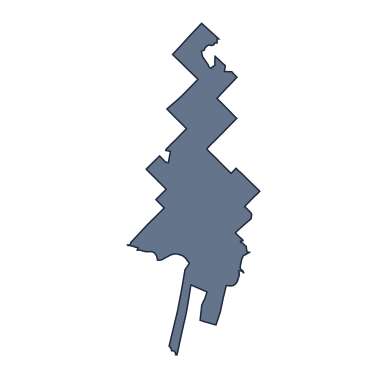 Plataresti, Calarasi, Romania, rotated 313°
{"feature_id": "2599482B2519283515230", "entity_name": "Plataresti", "entity_type": "district", "adm_level": 2, "iso_a3": "ROU", "parent_name": "Romania", "parent_adm1": "Calarasi", "projection": "equal_earth", "projection_center": [26.411, 44.363], "detail": "fine", "context": "isolated", "style": "filled", "palette": "slate", "viewbox_px": 384, "rotation_deg": 313, "n_neighbors": 0, "source": "geoboundaries", "source_scale": "gbopen_adm2", "svg_char_len": 5883}
<svg xmlns="http://www.w3.org/2000/svg" viewBox="0 0 384 384"><g transform="rotate(313 192 192)"><path d="M173.4,276.3L175.2,275.2L177.5,273.8L178.1,273.8L178.4,273.8L179.0,273.5L180.1,273.1L180.4,273.0L180.5,273.0L180.8,273.0L181.0,273.1L181.3,273.2L181.9,273.5L182.3,273.7L182.8,273.8L183.3,274.0L185.1,274.6L186.2,274.9L187.0,275.1L185.7,273.1L187.0,271.4L188.6,269.4L189.1,268.8L189.1,266.1L189.1,264.4L188.8,262.7L188.4,261.8L189.2,261.0L190.8,262.3L191.2,262.6L191.3,262.5L191.5,262.2L191.6,261.9L191.6,261.5L191.5,261.2L191.5,260.8L191.6,259.4L191.5,257.1L191.5,255.7L191.6,255.0L191.6,254.1L191.6,253.0L191.7,251.6L195.4,251.7L198.4,252.0L204.1,252.5L206.8,252.8L212.6,253.5L214.4,252.3L216.4,250.9L217.0,248.8L217.3,240.4L220.1,240.4L224.2,240.5L225.9,240.5L231.7,240.7L232.5,240.8L234.0,240.9L234.8,241.0L238.1,241.1L238.7,241.1L238.9,239.4L238.8,238.8L239.0,228.8L239.2,221.8L239.3,218.8L239.4,213.0L239.4,212.8L239.2,212.2L239.2,211.9L239.2,211.4L239.4,208.8L239.4,208.5L239.3,208.0L239.0,207.7L238.4,208.0L238.1,208.0L237.7,208.1L237.1,208.0L232.6,208.0L232.3,207.9L232.8,190.5L232.9,190.3L233.0,189.5L233.0,188.6L233.1,187.7L233.1,186.4L233.1,185.1L233.1,182.5L233.1,181.4L233.1,180.6L233.2,178.0L233.3,175.9L233.4,175.1L233.4,174.2L233.6,173.4L233.9,173.4L239.5,173.4L247.1,173.7L251.6,173.8L256.6,174.0L262.6,174.1L265.8,174.2L272.2,174.4L276.4,174.5L276.4,172.0L276.8,164.1L277.2,154.3L277.3,150.9L277.5,146.4L290.5,146.4L299.8,146.6L306.6,146.6L306.6,145.8L306.7,143.6L306.7,142.9L306.8,142.6L306.8,141.8L306.9,141.2L307.1,139.1L306.9,138.8L302.2,133.6L302.3,133.5L307.1,130.2L307.1,128.8L307.0,127.2L307.0,126.1L307.0,124.3L307.0,123.5L307.0,122.1L307.1,121.4L307.0,120.5L307.0,119.2L307.0,116.4L306.2,116.9L305.4,117.7L304.9,118.1L304.2,118.6L303.6,119.2L302.0,120.7L300.6,122.0L300.3,122.2L300.1,122.2L298.8,121.9L297.2,121.6L296.5,121.5L296.1,121.6L295.7,121.7L295.4,121.4L295.2,120.8L295.1,119.9L295.2,118.5L295.7,117.7L296.1,116.9L297.1,112.2L297.9,108.8L298.1,107.8L298.3,107.3L299.0,106.3L300.5,104.0L301.2,103.0L301.5,102.9L304.1,104.2L304.4,104.3L304.6,104.2L305.4,103.5L306.2,103.3L308.8,103.4L309.4,103.4L309.8,103.6L310.4,103.8L310.8,104.1L311.2,104.3L311.3,104.4L311.4,104.6L311.6,104.9L311.8,105.2L311.9,105.4L311.9,105.6L312.0,105.8L312.2,106.0L312.4,106.3L312.7,106.4L312.8,106.6L313.0,106.6L313.4,106.8L313.5,106.9L313.7,107.0L313.9,107.1L314.5,107.5L314.9,107.6L316.0,107.1L316.3,107.0L316.6,107.0L316.8,107.2L318.1,108.7L318.9,108.0L319.0,107.8L321.1,106.1L321.4,106.2L322.2,107.1L321.9,84.0L304.5,83.8L293.5,84.0L279.3,84.0L279.1,94.9L278.5,119.5L276.0,119.5L273.6,119.5L270.3,119.4L268.0,119.3L263.6,119.2L255.9,119.0L252.6,118.8L246.7,118.2L241.8,117.7L235.6,117.0L235.5,119.1L235.3,123.2L235.1,128.4L234.9,135.1L234.6,144.8L228.5,144.6L219.4,144.5L213.6,144.1L210.7,144.1L205.6,143.9L204.5,144.5L207.0,148.5L197.3,154.7L196.5,153.5L195.9,152.3L195.8,151.4L195.8,150.9L195.9,150.3L196.0,149.8L196.0,148.3L196.3,143.7L192.1,143.6L191.7,143.5L191.4,143.4L191.1,143.5L187.7,143.4L187.0,143.2L185.5,143.3L184.3,143.2L177.5,142.9L177.4,143.5L177.4,144.5L177.3,145.2L177.3,145.8L177.3,146.7L177.2,148.2L177.2,149.0L177.2,149.4L177.2,149.6L177.1,151.7L177.1,153.8L177.0,156.1L176.9,157.1L176.9,158.0L176.8,159.8L176.7,160.3L176.7,160.6L176.7,160.8L176.8,161.6L176.7,164.2L176.6,165.8L176.6,166.1L176.6,167.2L176.5,168.2L176.5,168.5L176.5,169.5L176.5,170.9L176.5,171.3L161.8,170.8L161.4,182.6L147.7,182.1L145.6,182.0L144.2,181.9L142.6,181.8L140.9,181.8L138.3,181.7L126.0,181.7L119.0,181.7L117.7,181.7L113.6,181.7L113.1,181.8L111.9,182.4L111.1,182.7L110.0,181.7L109.3,181.1L109.2,181.0L109.1,181.4L109.1,181.6L109.2,181.8L109.4,181.9L110.0,182.5L110.3,182.7L110.6,183.2L111.2,184.4L111.6,185.1L113.4,188.8L114.4,190.5L112.8,191.3L112.1,191.5L112.3,191.8L113.2,192.7L113.9,193.1L114.1,193.5L114.7,195.0L115.6,196.7L116.2,197.8L117.0,199.1L117.7,199.9L118.7,200.9L119.9,202.1L120.6,203.0L121.1,203.5L121.4,204.4L121.7,205.2L121.8,205.7L121.8,206.1L121.6,207.4L121.4,208.6L121.4,208.9L121.3,209.1L121.0,209.8L120.5,210.6L119.8,211.7L119.3,212.4L118.8,212.9L118.6,213.1L118.8,213.4L119.5,214.3L120.2,215.0L120.9,215.4L121.7,216.0L122.5,216.5L123.2,216.7L123.9,216.8L127.9,218.1L129.8,218.8L131.9,219.6L134.5,221.2L136.7,223.6L138.8,228.0L139.2,230.0L139.2,231.9L139.2,232.7L139.0,234.0L138.9,234.1L138.5,236.1L138.3,237.3L138.0,238.7L131.7,239.7L130.3,239.9L120.7,246.3L118.9,247.5L109.4,253.6L97.1,261.3L94.5,262.9L88.5,266.3L79.3,271.5L64.8,279.7L63.7,280.3L63.9,281.2L63.8,281.4L63.4,282.0L63.7,282.6L63.6,282.8L63.3,283.3L62.6,284.4L62.1,285.1L62.0,285.5L62.5,286.0L63.4,286.9L63.2,289.4L62.9,289.6L62.8,290.1L62.6,290.5L61.8,290.9L62.6,292.1L70.5,287.5L73.4,285.7L82.7,280.2L90.0,275.9L91.2,275.2L92.5,274.5L98.0,271.3L98.7,270.8L102.6,268.4L105.8,266.3L113.8,261.0L121.0,256.1L123.1,254.6L123.3,254.6L123.3,254.9L124.1,256.9L128.3,268.8L129.0,270.6L129.0,271.0L128.8,271.3L121.9,274.5L119.9,274.9L117.9,275.6L115.5,276.5L113.9,277.8L106.1,283.6L103.7,285.4L104.7,287.3L104.8,287.6L104.9,288.2L105.3,288.9L109.7,297.5L111.1,300.2L122.1,295.2L123.6,294.5L124.6,293.9L135.3,287.4L146.1,281.3L146.8,281.0L147.0,281.0L147.4,281.4L149.2,283.8L150.3,285.0L150.8,285.3L151.7,285.9L152.0,286.0L153.0,286.3L153.9,286.5L155.2,286.4L156.1,286.3L156.8,286.3L157.4,286.1L158.8,285.6L159.1,285.3L160.0,284.9L160.8,284.6L162.5,283.8L163.1,283.3L163.6,283.0L164.3,282.5L164.8,282.0L165.6,280.7L165.7,280.4L165.9,280.3L166.4,280.2L166.8,280.2L167.0,280.4L167.2,280.8L167.8,281.7L167.9,281.9L167.9,282.1L167.9,282.4L167.9,282.6L168.0,282.8L168.1,283.0L168.2,283.3L168.2,284.5L168.2,284.9L168.3,284.9L168.6,284.1L168.7,283.6L168.8,283.3L168.9,282.8L168.9,282.6L168.9,281.9L168.8,281.1L168.8,280.8L168.9,280.4L168.9,280.2L169.0,279.9L169.1,279.5L169.3,279.2L169.5,278.9L169.7,278.7L172.3,276.9L173.4,276.3Z" fill="#64748b" stroke="#1e293b" stroke-width="1.5"/></g></svg>